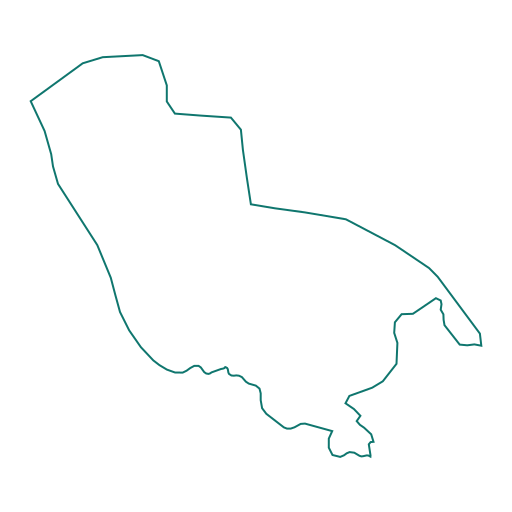 outline of Rukwa
{"feature_id": "TZA-3336", "entity_name": "Rukwa", "entity_type": "Region", "adm_level": 1, "iso_a3": "TZA", "parent_name": "United Republic of Tanzania", "parent_adm1": "", "projection": "orthographic", "projection_center": [31.645, -7.987], "detail": "fine", "context": "isolated", "style": "outline", "palette": "teal", "viewbox_px": 512, "rotation_deg": 0, "n_neighbors": 0, "source": "natural_earth", "source_scale": "10m", "svg_char_len": 1567}
<svg xmlns="http://www.w3.org/2000/svg" viewBox="0 0 512 512"><path d="M115.2,294.5L110.8,277.8L97.3,245.1L58.0,183.9L53.0,166.4L51.2,154.2L44.6,131.0L30.7,101.2L82.7,63.3L102.7,57.2L142.7,55.1L158.8,61.2L166.8,85.4L166.8,101.5L174.9,113.6L200.9,115.6L230.9,117.6L240.9,129.7L242.9,149.8L246.9,178.1L250.9,204.3L274.9,208.3L304.9,212.4L345.9,219.3L395.1,245.2L429.1,268.1L437.7,276.8L479.9,333.6L481.3,345.7L474.4,344.4L467.3,345.3L459.7,344.6L444.5,325.2L443.6,319.8L443.4,314.3L440.7,309.7L441.5,304.2L440.7,300.5L435.9,298.2L412.9,313.8L401.6,314.2L394.9,322.3L394.2,332.9L397.4,342.9L396.5,363.8L382.8,381.3L372.2,387.7L349.4,395.9L345.5,403.3L353.9,409.0L360.4,415.8L356.7,421.1L359.9,424.8L364.1,427.7L371.2,434.3L373.5,441.8L370.6,442.1L368.8,444.3L370.5,455.4L370.4,456.6L368.3,455.5L366.7,455.4L363.1,456.2L361.4,456.4L359.5,455.8L354.3,452.7L349.6,452.1L346.7,453.3L344.0,455.3L340.2,456.9L332.5,455.0L328.8,447.7L328.8,438.6L332.2,431.1L305.0,423.6L300.7,423.9L294.5,427.3L290.7,428.6L287.0,428.6L283.9,427.4L266.3,413.8L262.1,408.2L260.7,400.2L260.7,393.3L259.5,388.6L255.8,385.6L248.8,383.6L245.9,381.7L241.9,377.1L239.0,375.7L236.3,375.4L233.8,375.7L231.4,375.5L229.0,373.9L228.4,372.6L227.8,369.2L227.1,368.0L225.5,367.1L224.9,367.3L224.4,368.1L223.1,368.6L221.0,369.0L211.5,372.4L210.1,373.4L208.5,373.9L206.2,373.5L204.2,372.1L200.8,367.4L198.6,365.9L194.2,365.9L190.3,368.0L186.6,370.7L182.7,372.6L175.0,372.5L166.9,369.6L159.4,365.1L153.3,360.4L140.9,347.2L129.2,330.4L120.0,312.0L115.2,294.5Z" fill="none" stroke="#0f766e" stroke-width="2"/></svg>